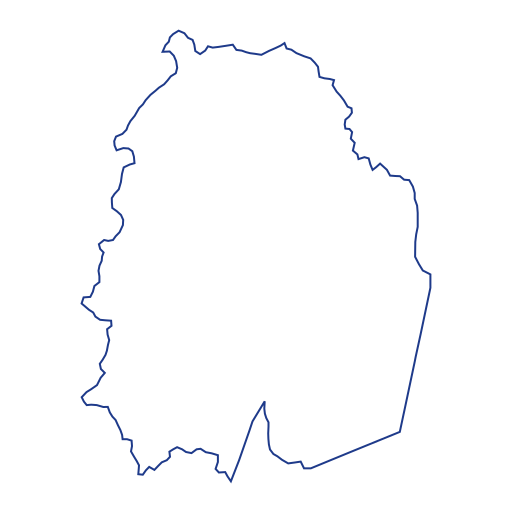 outline of Rio Bananal, Espírito Santo, Brazil
{"feature_id": "56859067B48678368880409", "entity_name": "Rio Bananal", "entity_type": "district", "adm_level": 2, "iso_a3": "BRA", "parent_name": "Brazil", "parent_adm1": "Espírito Santo", "projection": "albers", "projection_center": [-40.336, -19.221], "detail": "fine", "context": "isolated", "style": "outline", "palette": "blue", "viewbox_px": 512, "rotation_deg": 0, "n_neighbors": 0, "source": "geoboundaries", "source_scale": "gbopen_adm2", "svg_char_len": 2978}
<svg xmlns="http://www.w3.org/2000/svg" viewBox="0 0 512 512"><path d="M89.0,309.8L93.2,312.5L95.4,316.6L100.1,319.8L105.4,320.3L111.1,320.7L111.5,325.8L107.1,329.2L107.6,334.6L109.2,340.1L108.0,344.8L106.9,350.7L105.5,354.9L102.6,359.8L99.8,363.8L100.9,369.0L104.8,372.9L100.7,377.7L97.0,385.1L91.0,389.3L86.5,392.1L81.7,397.2L83.9,401.6L86.7,405.1L91.2,404.7L96.8,405.1L103.3,407.0L107.8,406.9L109.8,412.4L112.4,416.6L115.6,420.0L117.9,425.1L120.4,430.1L122.1,434.9L122.6,439.2L127.0,439.2L131.6,440.6L132.0,446.1L131.0,451.4L134.0,456.6L136.8,461.2L139.0,465.3L138.7,469.4L138.3,474.2L142.8,474.7L145.9,470.3L149.2,466.9L154.4,469.9L158.4,465.7L161.8,462.3L166.8,460.2L170.0,456.8L169.4,451.7L173.2,449.3L177.1,447.2L182.1,449.3L186.0,452.0L191.5,453.1L196.6,449.3L200.6,448.8L205.8,452.2L211.6,453.3L217.9,455.2L217.9,462.0L215.6,468.9L218.9,472.5L225.2,472.1L227.6,476.5L230.9,481.3L239.1,460.2L249.4,430.7L252.5,421.4L264.7,401.3L264.3,408.7L264.9,413.7L266.3,418.1L268.5,422.3L268.5,426.7L268.2,433.4L268.4,439.0L268.9,444.4L270.0,449.5L273.4,454.0L277.4,456.3L282.0,459.8L288.2,463.4L294.8,462.5L300.7,461.6L304.0,468.3L310.9,468.3L330.3,460.3L353.2,450.9L399.8,431.9L403.1,416.4L404.4,410.4L414.7,361.8L415.7,356.7L420.6,334.3L430.4,287.8L430.4,274.4L422.8,270.5L418.9,264.1L415.1,256.8L415.2,249.0L415.3,241.9L416.2,234.3L417.7,226.9L417.7,220.6L417.7,212.9L417.1,205.6L414.7,198.9L414.7,193.0L412.9,186.6L409.2,180.1L404.1,179.7L400.0,176.2L395.3,176.0L390.1,175.6L386.9,169.8L380.1,163.6L376.0,167.3L372.6,169.9L370.4,164.6L368.7,158.4L364.4,157.2L358.5,159.1L357.4,154.4L352.9,150.6L354.7,142.8L350.8,138.7L352.1,132.1L349.5,129.0L345.4,128.6L344.7,124.5L345.4,119.7L349.1,116.6L351.9,112.7L351.5,108.3L347.6,106.7L343.9,100.4L340.3,95.7L336.6,91.6L332.6,85.2L334.0,80.1L329.8,79.0L324.4,78.3L319.5,76.9L318.6,71.5L318.0,66.8L314.7,62.6L310.6,58.4L304.2,56.3L296.4,53.1L291.4,49.7L286.6,48.5L284.5,43.1L280.7,45.6L275.4,48.1L269.0,50.9L261.4,54.8L254.8,53.8L250.1,53.2L246.2,52.2L241.7,50.6L236.4,49.9L232.8,44.7L225.9,45.8L218.6,46.9L212.7,47.6L208.0,46.3L205.2,50.6L200.1,54.1L195.3,51.0L194.3,44.6L192.6,39.9L188.0,37.8L184.4,33.2L178.6,30.7L173.1,34.1L169.9,37.4L168.8,41.7L165.4,45.3L162.6,51.8L169.7,51.5L173.8,55.7L176.1,61.1L177.2,67.8L175.8,73.2L170.8,76.3L167.6,80.4L164.1,84.3L158.9,87.7L155.3,90.9L150.5,94.8L145.7,100.1L142.9,104.4L139.2,108.0L134.7,115.8L130.4,121.1L128.0,125.5L126.5,129.7L122.4,133.9L116.0,136.6L114.2,141.2L114.6,145.5L116.6,150.3L123.3,148.1L128.5,148.5L132.3,151.2L133.9,156.6L134.5,163.2L129.8,164.5L123.7,167.4L122.0,173.9L120.9,182.1L118.8,189.3L114.4,194.1L111.8,198.1L111.9,202.5L112.3,208.0L116.8,211.2L121.0,215.0L123.2,219.9L122.9,225.1L119.6,232.2L115.6,236.3L113.0,240.0L108.2,240.9L104.1,240.0L98.9,244.2L100.2,249.0L103.6,252.5L102.1,256.5L101.7,260.8L99.5,265.6L98.5,270.8L99.4,276.2L99.4,282.1L94.4,286.0L92.9,291.7L90.3,296.9L83.6,297.4L81.6,303.5L89.0,309.8Z" fill="none" stroke="#1e3a8a" stroke-width="2"/></svg>